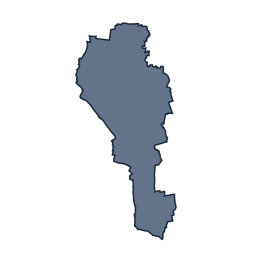 Sam Phran, Nakhon Pathom, Thailand, rotated 279°
{"feature_id": "78962969B70843901453071", "entity_name": "Sam Phran", "entity_type": "district", "adm_level": 2, "iso_a3": "THA", "parent_name": "Thailand", "parent_adm1": "Nakhon Pathom", "projection": "orthographic", "projection_center": [100.203, 13.726], "detail": "fine", "context": "isolated", "style": "filled", "palette": "slate", "viewbox_px": 256, "rotation_deg": 279, "n_neighbors": 0, "source": "geoboundaries", "source_scale": "gbopen_adm2", "svg_char_len": 5767}
<svg xmlns="http://www.w3.org/2000/svg" viewBox="0 0 256 256"><g transform="rotate(279 128 128)"><path d="M106.0,164.0L107.9,163.2L108.3,162.8L108.7,161.9L109.3,161.8L109.7,162.3L110.0,162.3L110.6,160.7L111.0,160.3L110.9,159.8L111.1,159.2L111.0,158.8L111.2,158.4L111.5,158.3L111.5,157.8L112.3,157.5L112.6,157.2L113.4,157.3L113.9,157.1L114.3,157.4L114.8,157.2L115.1,157.0L115.3,157.1L115.5,157.5L115.7,157.8L116.1,158.9L116.1,159.6L116.3,159.8L120.6,168.6L121.4,168.0L123.5,168.5L124.5,168.5L125.7,167.3L126.0,166.8L128.9,165.9L130.5,165.6L131.3,165.3L131.7,165.0L133.2,163.3L133.6,163.5L133.9,162.8L134.1,162.9L134.5,162.2L135.1,162.2L135.8,160.8L136.3,160.2L137.9,161.0L137.8,161.3L138.3,161.3L138.3,161.5L138.2,161.6L137.5,161.9L137.4,162.1L137.8,162.9L138.2,162.6L147.1,162.9L147.6,163.9L148.2,163.8L148.6,164.6L148.1,164.9L148.8,165.9L149.2,166.1L149.0,166.4L149.2,166.8L149.1,167.0L149.4,169.6L159.6,164.1L161.8,168.1L168.2,164.8L170.1,164.9L170.7,163.6L170.9,163.4L171.3,163.5L173.1,164.3L174.0,163.2L174.4,162.5L174.5,161.7L174.5,161.1L174.3,160.3L175.6,159.8L176.6,160.1L177.1,160.4L178.0,160.5L179.0,161.0L179.5,161.0L180.0,161.4L180.3,161.5L181.0,161.6L182.2,161.3L182.6,161.0L183.4,160.6L185.3,159.4L186.0,158.7L186.3,158.1L186.6,157.9L186.9,157.6L187.5,156.2L187.7,155.9L187.6,155.6L187.8,155.3L187.9,154.5L187.8,154.2L188.4,153.9L188.9,154.0L189.9,153.9L191.1,154.0L192.8,153.3L194.4,152.9L193.8,150.7L192.8,150.5L192.0,150.5L192.1,149.8L191.9,148.1L192.1,147.2L193.1,147.4L193.5,145.4L192.4,145.2L192.7,142.5L193.8,142.2L194.1,142.1L194.0,141.0L193.6,140.4L193.4,139.4L191.9,139.3L192.0,137.5L192.6,137.5L193.0,136.9L195.6,136.9L195.9,136.8L196.1,135.5L196.8,134.6L198.3,134.0L198.8,133.9L199.0,134.1L200.2,135.4L201.7,134.6L202.0,134.7L202.8,136.4L202.8,137.4L204.9,137.0L206.6,136.9L207.3,136.7L207.0,135.7L206.8,135.8L206.0,134.4L205.7,134.5L204.9,133.0L204.9,132.9L205.4,132.7L207.4,133.2L208.3,133.3L208.9,133.2L209.2,133.0L209.7,133.0L209.3,132.4L209.2,131.7L209.2,129.9L209.3,129.8L209.9,129.5L210.9,129.2L211.0,129.2L211.1,129.5L211.2,131.6L211.9,131.5L212.0,131.7L213.4,131.3L213.6,131.5L214.0,131.5L216.1,130.6L216.4,132.8L218.4,132.7L219.7,132.2L219.9,133.1L221.1,132.9L221.3,134.0L222.4,133.8L222.6,135.0L224.8,134.6L224.8,134.1L225.4,133.9L225.6,133.7L226.5,133.5L227.2,133.1L227.1,132.0L227.6,131.9L231.3,130.6L231.0,128.3L230.5,126.4L231.2,126.1L231.1,125.7L232.0,125.4L231.3,123.9L230.8,122.4L232.6,122.1L232.5,121.0L232.5,120.4L232.4,119.7L232.0,119.6L231.7,117.4L231.2,116.2L231.5,116.0L231.1,114.4L230.7,111.9L230.7,111.4L231.0,111.3L231.0,107.1L230.6,106.9L230.3,105.6L229.0,105.4L229.2,102.2L228.1,101.9L228.1,101.6L228.9,101.7L228.9,101.3L228.3,101.4L228.1,100.6L227.8,100.6L227.7,100.2L227.0,100.0L227.1,99.6L227.0,99.4L225.7,99.5L223.3,99.3L223.0,96.8L222.6,96.2L222.4,95.7L222.1,95.6L212.1,96.0L211.9,95.9L211.3,82.4L211.5,82.2L213.6,82.1L213.0,80.2L212.8,75.5L210.2,76.4L208.8,77.2L208.6,76.9L206.8,77.5L207.0,74.0L204.2,74.8L202.6,75.1L202.3,75.2L202.1,74.9L199.7,74.9L195.7,74.1L194.6,73.5L194.3,73.1L192.0,72.4L191.0,72.0L189.7,71.5L189.0,71.0L189.5,69.6L188.4,69.1L188.3,68.8L187.1,68.7L186.9,69.4L186.5,69.2L186.3,69.3L185.9,69.2L185.5,69.3L185.2,69.9L182.9,69.1L182.6,70.3L182.4,70.3L180.9,70.2L180.7,70.0L179.4,70.1L178.2,68.9L177.7,68.2L176.0,69.1L172.5,68.2L172.2,68.2L170.7,69.4L169.9,70.3L169.0,69.6L168.8,69.8L168.1,69.7L167.5,69.8L167.3,69.8L166.4,71.0L166.3,70.9L166.3,70.6L165.5,70.4L165.0,69.5L164.3,70.0L163.7,70.4L163.7,71.1L163.1,71.5L161.3,74.8L159.8,76.5L159.4,76.3L158.5,77.4L157.3,77.0L156.7,77.8L154.3,76.4L153.3,76.1L152.8,75.9L151.7,75.8L150.9,76.1L150.2,76.7L149.8,77.6L149.3,79.1L148.9,80.0L149.0,80.8L149.0,81.3L148.2,82.9L147.8,83.5L145.1,87.1L139.7,92.3L135.3,97.2L134.7,97.1L134.5,97.7L133.7,97.9L133.2,99.4L132.0,101.5L131.5,102.3L130.6,103.2L128.8,104.8L125.0,108.6L124.3,109.5L122.8,110.7L117.9,116.5L117.0,117.1L116.6,117.2L116.3,117.2L115.1,116.4L112.6,113.8L112.4,114.0L112.4,114.6L111.7,114.7L111.7,115.3L109.1,115.3L109.1,115.9L107.0,116.1L107.1,116.5L104.4,116.7L104.3,116.3L102.9,116.3L102.8,117.0L102.0,117.0L99.0,116.7L98.9,119.4L95.2,118.9L94.0,118.9L92.9,119.2L92.5,121.1L92.5,121.9L92.3,122.1L91.9,124.3L92.2,127.7L92.1,128.0L91.9,128.2L92.0,128.9L92.2,129.4L92.0,130.1L91.7,130.6L91.6,131.3L91.5,132.1L91.2,132.4L91.3,132.9L91.3,133.7L90.9,134.1L90.2,135.4L89.6,137.0L88.5,136.5L86.8,136.1L85.9,135.6L85.6,136.2L83.4,139.4L81.5,137.5L80.7,137.1L80.5,137.3L80.1,137.4L77.9,137.6L77.6,139.9L77.6,140.5L76.8,140.4L76.9,141.5L75.7,141.5L71.5,142.2L69.9,142.3L69.9,142.7L65.0,143.1L63.6,143.4L63.6,143.8L60.5,144.2L60.4,144.3L59.1,144.5L57.5,145.0L57.3,145.2L56.2,145.2L56.1,145.4L51.4,147.3L51.4,147.8L48.4,148.1L44.9,148.6L44.1,148.6L43.9,147.8L42.2,148.0L42.0,148.7L40.9,148.6L38.2,149.3L37.2,149.2L36.8,149.6L36.2,149.5L35.3,149.7L33.3,149.7L33.0,150.1L32.5,149.8L30.7,152.3L29.2,153.6L29.6,154.1L29.8,155.7L29.5,156.7L29.2,158.7L29.3,159.6L29.0,160.9L29.3,161.6L29.3,163.0L29.0,164.1L29.0,164.5L28.9,164.7L28.1,165.5L27.3,167.1L26.6,168.3L25.9,169.1L26.0,171.4L25.6,173.0L25.8,174.4L25.7,174.8L25.4,175.8L23.6,178.6L23.4,179.3L24.8,179.6L25.8,179.6L26.8,179.4L27.9,179.0L28.6,179.1L28.7,178.9L31.0,179.3L31.2,180.2L35.2,180.1L35.1,180.7L35.9,180.6L36.0,181.5L38.4,181.2L39.7,181.6L41.4,181.7L41.7,182.2L42.3,183.9L43.2,186.7L48.3,184.9L49.4,187.0L53.1,185.6L54.2,186.4L54.7,187.0L55.2,187.4L57.5,187.8L62.2,186.0L66.1,184.9L69.8,184.3L67.5,177.4L66.6,174.6L69.6,174.3L71.1,174.0L70.0,171.3L69.5,169.8L71.0,169.3L70.5,167.5L69.2,164.6L71.7,163.9L75.1,163.1L75.3,163.0L77.6,162.6L77.8,162.9L81.5,162.3L84.5,161.7L86.8,161.3L95.8,160.7L96.0,163.5L97.5,164.5L101.4,166.5L103.1,165.0L104.1,164.6L104.7,164.3L106.0,164.0Z" fill="#64748b" stroke="#1e293b" stroke-width="1.5"/></g></svg>